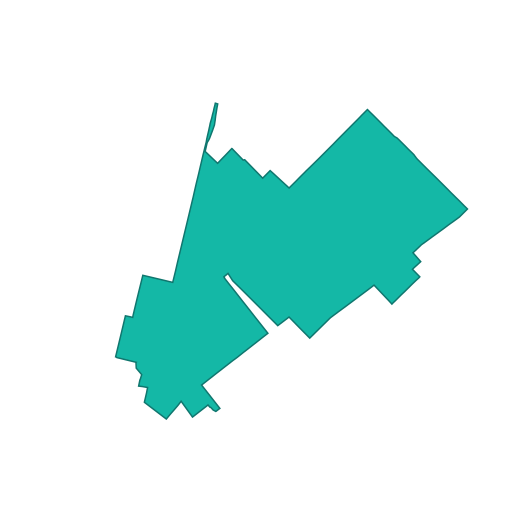 Movila, Ialomita, Romania (Mercator projection), rotated 223°
{"feature_id": "2599482B79833469589356", "entity_name": "Movila", "entity_type": "district", "adm_level": 2, "iso_a3": "ROU", "parent_name": "Romania", "parent_adm1": "Ialomita", "projection": "mercator", "projection_center": [27.715, 44.486], "detail": "fine", "context": "isolated", "style": "filled", "palette": "teal", "viewbox_px": 512, "rotation_deg": 223, "n_neighbors": 0, "source": "geoboundaries", "source_scale": "gbopen_adm2", "svg_char_len": 3072}
<svg xmlns="http://www.w3.org/2000/svg" viewBox="0 0 512 512"><g transform="rotate(223 256 256)"><path d="M390.0,340.0L389.0,338.4L387.4,335.4L386.3,333.6L385.7,332.6L385.2,331.6L384.2,329.7L382.8,327.3L382.2,326.2L381.6,325.0L380.6,323.0L379.8,321.5L378.7,319.8L377.0,316.9L376.2,315.6L373.4,310.7L371.7,307.8L370.1,305.4L366.9,299.6L363.6,293.7L361.6,290.2L360.9,289.0L358.9,285.5L357.0,282.2L354.7,278.2L352.6,274.5L350.1,270.0L347.7,265.8L346.3,263.4L344.8,260.8L342.1,256.2L340.7,253.7L330.1,235.0L319.7,216.6L308.6,197.0L304.6,190.1L298.9,179.9L310.9,173.1L325.6,164.7L314.0,143.9L305.5,128.9L304.3,127.0L306.8,125.6L310.7,123.2L300.3,104.9L289.9,86.5L289.3,86.8L288.5,86.8L271.2,96.5L271.2,96.3L267.3,92.5L267.1,92.3L258.7,91.3L256.4,86.6L256.4,86.2L253.1,80.8L250.1,83.0L245.6,85.9L242.6,81.1L239.5,75.7L237.9,72.9L237.7,72.9L210.4,75.6L210.7,80.6L210.8,82.6L210.9,86.2L211.0,88.7L211.2,93.4L211.4,95.6L211.7,98.7L192.6,94.9L192.5,95.4L189.6,113.5L189.5,114.3L186.7,114.0L185.8,114.4L182.9,114.2L182.5,114.1L179.4,114.9L179.3,115.2L178.5,119.9L207.8,124.5L205.2,141.3L203.3,153.2L201.4,165.1L201.3,165.3L200.6,169.2L200.0,173.2L199.6,176.0L197.8,187.2L196.2,197.4L194.6,207.6L213.7,210.5L232.8,213.5L233.0,213.5L248.8,216.0L257.6,217.3L264.3,218.4L264.3,218.5L264.5,218.8L264.9,218.9L265.3,219.0L264.9,221.6L264.6,224.2L260.4,223.1L256.1,222.0L244.0,221.7L231.8,221.3L212.2,220.6L192.6,219.9L191.4,226.9L190.2,233.9L175.5,233.2L160.7,232.6L160.1,246.8L159.5,261.0L159.4,262.0L157.8,270.9L155.3,284.3L152.3,300.9L151.0,308.1L149.8,315.2L141.6,314.7L133.5,314.2L128.7,313.9L123.8,313.5L123.8,315.2L123.6,318.1L123.3,326.7L123.0,331.3L122.6,342.0L122.3,347.3L122.0,350.8L122.0,352.5L128.4,352.8L132.5,353.0L132.4,355.4L132.2,357.8L132.1,358.6L131.7,364.2L137.6,364.8L143.4,365.4L142.8,374.8L142.7,377.1L141.6,382.5L140.3,389.5L138.5,398.7L137.4,404.4L136.4,410.1L134.5,419.5L133.8,423.3L133.8,423.5L133.4,434.6L136.7,434.7L137.8,434.7L142.2,434.9L144.5,435.0L149.7,435.1L156.7,435.3L158.9,435.4L161.0,435.5L179.0,436.1L191.1,436.4L197.1,436.6L202.3,436.8L204.0,436.8L204.5,436.9L205.2,437.0L205.7,437.0L206.4,437.2L207.8,437.4L208.6,437.6L209.7,437.8L212.6,437.9L217.7,438.0L221.9,438.2L225.1,438.3L228.3,438.4L230.9,438.5L233.1,438.5L233.5,438.5L235.3,438.0L236.0,437.9L236.4,437.8L236.9,437.8L238.7,437.9L243.6,438.1L250.9,438.3L254.8,438.5L260.4,438.7L266.0,438.9L271.0,439.0L273.6,439.1L274.4,439.1L274.7,430.8L274.7,428.4L274.8,424.7L274.9,421.8L275.3,409.6L275.5,402.7L275.7,396.6L275.8,390.5L275.9,387.8L276.1,382.2L276.5,370.4L276.7,365.9L276.9,361.3L277.2,355.5L277.4,351.9L277.4,351.7L277.4,351.2L277.4,350.5L277.6,345.9L277.7,342.8L277.8,337.9L278.2,328.3L299.0,328.2L303.9,328.1L304.2,317.5L329.9,318.7L330.8,317.4L346.8,318.2L347.0,318.1L347.1,308.1L347.2,304.5L347.3,297.6L364.5,297.8L368.8,305.2L369.1,305.9L369.6,308.3L370.3,310.6L373.5,318.4L375.7,323.4L378.1,326.9L378.7,327.8L379.4,328.7L380.4,330.1L380.8,330.6L383.0,333.9L385.7,337.9L387.7,341.1L387.9,341.0L389.9,340.1L390.0,340.0Z" fill="#14b8a6" stroke="#0f766e" stroke-width="1.5"/></g></svg>